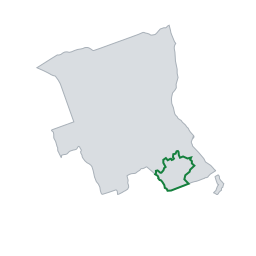 Uíge highlighted on a map of Angola, rotated 160°
{"feature_id": "AGO-1881", "entity_name": "Uíge", "entity_type": "Province", "adm_level": 1, "iso_a3": "AGO", "parent_name": "Angola", "parent_adm1": "", "projection": "robinson", "projection_center": [15.52, -7.131], "detail": "coarse", "context": "in_parent", "style": "outline", "palette": "green", "viewbox_px": 256, "rotation_deg": 160, "n_neighbors": 0, "source": "natural_earth", "source_scale": "10m", "svg_char_len": 4066}
<svg xmlns="http://www.w3.org/2000/svg" viewBox="0 0 256 256"><g transform="rotate(160 128 128)"><path d="M200.9,123.2L201.1,125.0L201.4,127.5L201.5,129.2L201.7,130.1L201.8,130.5L201.6,130.9L201.4,132.0L201.0,133.0L200.8,133.6L201.0,134.9L200.7,138.5L200.6,140.2L201.1,143.4L201.0,144.4L200.0,147.3L199.7,148.8L199.6,149.6L200.7,151.7L200.6,152.1L199.8,152.3L199.1,152.3L176.8,152.3L176.5,189.6L176.5,192.8L177.2,197.0L178.5,201.5L179.0,202.0L180.3,202.8L182.1,204.5L183.1,205.8L185.2,208.1L188.0,211.0L193.0,215.8L176.0,219.5L169.6,220.8L169.0,220.7L168.0,220.2L165.9,220.1L163.5,220.8L161.6,221.0L160.1,220.7L158.7,220.1L157.4,219.2L155.0,218.9L151.6,219.1L148.4,219.0L145.3,218.4L143.0,218.1L141.7,218.3L140.2,218.1L138.7,217.6L137.4,216.7L135.9,214.9L134.7,213.1L134.4,212.9L134.0,212.6L133.6,212.5L126.9,212.4L86.1,212.4L81.4,212.7L81.0,212.6L80.4,212.4L80.0,212.0L78.7,211.0L77.5,210.3L75.9,209.0L74.9,207.6L74.0,207.2L72.5,206.9L71.4,206.7L70.4,206.6L68.8,207.3L67.5,207.9L66.7,208.5L65.1,209.3L63.8,210.0L61.6,209.9L61.1,210.0L59.8,209.9L58.7,209.3L57.5,209.4L56.1,210.2L54.2,210.5L54.7,205.3L55.1,203.0L55.1,200.3L54.8,193.2L54.5,192.2L54.2,191.1L55.4,190.2L56.0,189.5L56.8,188.4L57.4,186.7L58.0,183.1L60.5,174.7L61.7,166.5L63.1,162.6L63.7,158.3L67.8,152.7L68.9,149.2L71.0,147.5L74.1,145.7L76.2,142.5L77.3,140.3L78.5,136.1L78.4,131.6L79.2,125.7L79.0,124.0L77.9,121.6L77.7,119.9L76.6,118.3L75.5,117.0L74.9,114.8L73.0,111.2L72.4,108.9L71.5,107.2L71.3,105.1L70.8,102.9L69.9,100.7L68.9,98.2L68.9,97.4L69.5,96.5L70.1,96.2L69.9,96.7L69.5,97.2L69.6,97.6L73.3,93.3L73.5,92.4L73.4,91.5L73.3,90.3L73.5,88.9L70.0,80.9L67.2,73.3L66.8,69.6L63.1,64.6L61.7,61.3L60.9,59.1L60.2,58.2L60.5,57.8L61.4,57.6L63.5,57.1L66.4,56.5L69.0,55.2L69.7,54.6L71.1,54.5L72.5,54.9L73.1,54.6L73.4,54.6L76.7,54.6L78.1,54.5L80.7,54.5L82.3,54.6L83.3,54.8L85.8,55.0L88.9,55.0L90.0,54.8L94.1,54.8L101.8,54.6L105.8,54.6L108.9,54.6L110.3,55.1L111.6,56.0L112.1,56.8L112.4,57.2L112.8,58.1L113.5,58.7L113.7,59.8L113.5,61.2L113.6,62.9L114.0,65.0L114.9,67.1L116.2,69.3L116.7,71.0L116.6,72.3L117.0,73.7L117.9,75.1L118.6,75.9L119.0,76.5L120.1,78.7L123.6,84.9L124.1,85.2L124.9,85.1L126.5,84.8L128.1,84.8L129.3,85.3L129.7,85.2L131.5,84.2L133.2,83.9L135.0,83.4L136.0,83.0L137.1,83.0L140.0,83.8L140.6,83.9L143.0,83.9L145.3,83.4L145.7,79.8L145.7,79.1L146.3,77.8L147.0,76.6L147.1,75.5L147.1,74.0L147.6,72.2L149.2,70.7L151.8,70.0L153.3,69.9L155.6,69.4L159.1,69.0L160.4,69.1L160.5,69.3L159.8,71.8L159.8,72.7L160.0,73.5L160.6,74.0L167.7,74.1L174.4,74.4L174.8,74.5L175.1,74.7L175.5,75.9L175.4,78.4L174.7,82.0L175.0,85.4L176.1,88.5L176.2,93.4L175.3,99.9L175.1,104.0L175.6,105.7L176.7,107.5L178.4,109.4L179.7,111.8L180.6,114.8L180.9,116.7L180.6,117.4L180.6,118.8L180.9,120.7L180.6,122.0L179.7,122.6L179.4,123.5L179.8,125.1L179.9,126.6L180.5,127.6L181.0,127.6L181.9,127.1L183.0,126.1L183.9,125.7L185.2,125.7L187.0,126.0L190.1,126.1L191.1,126.0L194.0,124.6L194.8,124.5L196.0,124.6L197.6,125.0L199.3,125.1L200.1,124.7L200.1,124.2L200.4,123.4L200.9,123.2ZM69.7,37.8L69.6,38.0L68.2,38.6L66.8,39.2L64.9,41.5L64.0,42.5L63.7,42.8L62.9,43.3L62.2,43.8L62.3,44.0L62.7,44.3L63.1,44.8L63.1,48.6L62.9,52.3L62.7,52.6L61.5,52.8L59.9,53.0L59.4,53.2L59.2,52.8L58.7,51.5L59.0,50.2L59.3,49.2L58.9,47.2L58.1,45.5L57.3,43.3L57.0,42.9L57.7,42.1L58.8,40.6L59.3,39.8L60.5,39.6L61.0,39.0L61.3,38.1L61.4,37.6L62.8,37.2L64.5,36.4L65.5,35.5L66.4,35.0L67.0,35.0L67.4,35.2L68.5,36.7L69.4,37.6L69.7,37.8Z" fill="#d9dde1" stroke="#a8b0b8" stroke-width="1"/><path d="M108.9,54.5L112.3,55.5L112.5,57.7L113.9,59.1L113.4,61.9L114.3,66.0L115.1,67.8L116.1,68.3L116.8,70.4L116.3,71.0L116.5,73.0L118.3,75.2L117.0,76.1L116.4,78.2L114.7,78.0L112.9,74.9L111.9,74.6L109.2,76.1L107.7,78.0L106.0,78.5L106.7,83.2L105.7,86.0L102.7,86.8L101.7,84.1L98.8,84.6L98.1,84.3L97.9,83.0L96.4,83.0L95.3,83.5L95.7,85.3L94.4,87.9L92.1,87.6L90.3,89.5L89.0,89.3L88.7,88.2L89.5,85.1L89.3,82.3L86.0,82.4L82.5,79.0L78.8,78.7L80.4,77.0L79.3,75.0L80.1,72.9L78.5,69.9L83.8,67.6L85.1,65.8L90.3,64.0L92.6,60.5L90.1,54.9L108.9,54.5Z" fill="none" stroke="#15803d" stroke-width="2"/></g></svg>